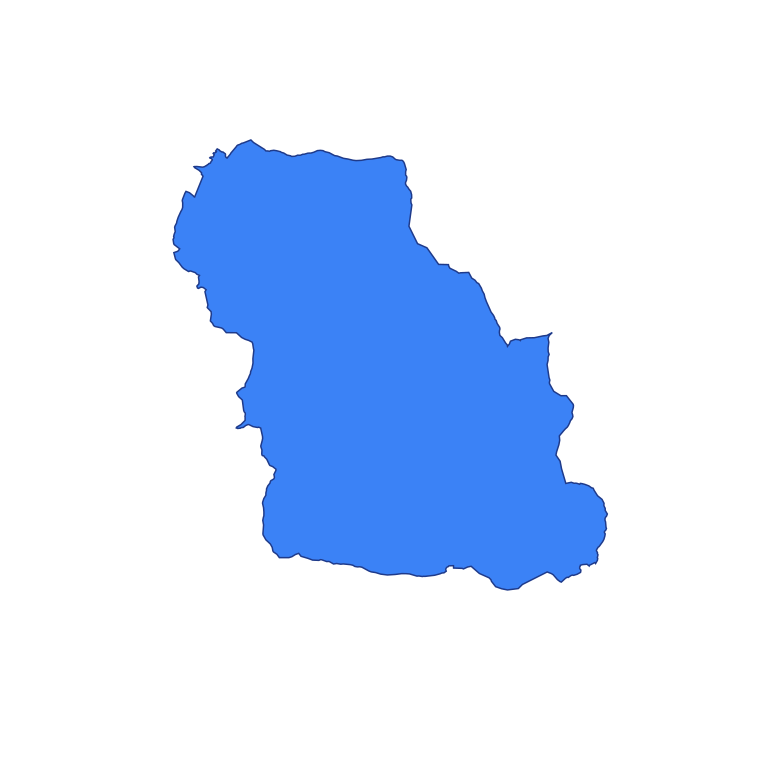 Fundu Moldovei, Suceava, Romania, rotated 30°
{"feature_id": "2599482B95968201222680", "entity_name": "Fundu Moldovei", "entity_type": "district", "adm_level": 2, "iso_a3": "ROU", "parent_name": "Romania", "parent_adm1": "Suceava", "projection": "albers", "projection_center": [25.315, 47.553], "detail": "fine", "context": "isolated", "style": "filled", "palette": "blue", "viewbox_px": 768, "rotation_deg": 30, "n_neighbors": 0, "source": "geoboundaries", "source_scale": "gbopen_adm2", "svg_char_len": 6158}
<svg xmlns="http://www.w3.org/2000/svg" viewBox="0 0 768 768"><g transform="rotate(30 384 384)"><path d="M380.2,586.7L388.5,581.9L390.6,579.6L392.5,576.0L394.8,573.3L398.3,574.7L405.4,573.0L410.2,572.2L415.8,569.3L416.7,568.0L417.8,567.4L423.2,566.4L424.9,565.3L425.7,565.1L430.3,565.1L432.8,563.1L436.6,561.7L438.7,560.2L445.1,557.3L447.7,556.5L449.9,556.6L452.4,555.7L454.4,554.4L456.5,553.7L464.4,553.5L466.9,553.1L471.0,551.5L476.2,550.3L482.4,547.7L489.0,543.3L494.1,539.4L498.0,537.2L501.1,535.7L508.6,533.9L510.2,532.8L513.4,531.6L514.5,530.7L515.7,530.1L523.5,524.3L527.4,520.4L528.6,518.8L530.4,517.5L531.5,515.0L530.2,513.8L529.9,513.0L530.0,511.5L530.6,510.3L531.0,510.0L531.1,509.2L531.3,508.9L535.0,506.6L536.3,508.6L543.8,504.6L545.3,504.4L547.9,500.7L550.6,498.3L561.3,500.4L571.9,499.3L574.4,500.0L575.8,501.2L582.0,503.7L588.3,502.5L593.9,500.6L602.6,494.0L604.1,488.4L619.3,465.2L623.8,464.5L626.0,464.6L632.0,466.7L635.2,467.1L636.6,466.9L638.3,461.5L639.2,459.8L640.3,459.4L641.7,456.4L642.7,455.3L643.9,454.9L646.4,452.2L648.4,448.9L647.9,447.4L647.4,446.6L645.8,446.1L644.9,444.5L645.0,443.6L644.7,442.8L646.3,441.1L649.9,438.6L652.6,439.0L652.4,438.5L655.9,433.2L657.0,433.7L657.0,430.1L656.3,428.2L655.6,427.8L654.7,424.9L653.5,424.1L653.1,423.2L651.6,422.4L651.2,422.0L651.0,421.4L651.0,418.4L651.5,417.3L651.7,416.1L652.2,411.1L652.1,408.5L651.3,405.3L650.5,403.2L649.2,402.5L648.7,401.5L649.1,399.7L648.9,397.9L648.0,397.2L644.8,392.6L643.7,391.7L642.8,390.3L642.6,389.5L642.5,388.5L642.8,387.2L642.4,384.9L638.8,382.9L637.6,380.9L637.0,380.7L635.1,379.2L634.2,377.3L630.5,374.9L624.8,374.0L619.1,371.0L617.3,369.7L615.5,370.1L612.4,369.8L608.1,370.5L605.2,371.3L603.7,371.9L603.6,373.0L601.0,373.5L599.8,373.9L598.3,374.9L595.3,375.5L591.2,379.2L580.1,368.6L575.1,362.8L568.5,359.6L567.4,356.5L565.8,349.1L564.3,344.9L561.8,341.3L562.9,334.9L563.5,332.1L564.3,329.7L564.4,327.7L564.2,324.9L563.8,322.6L564.2,320.2L563.9,317.8L562.8,316.4L561.2,314.9L560.9,314.3L559.7,309.7L558.9,308.0L558.0,307.0L547.8,302.9L543.0,305.7L534.7,305.5L527.2,301.0L526.4,299.9L525.7,297.7L523.7,295.9L515.5,285.6L514.3,281.6L512.6,278.5L512.2,275.8L510.1,274.0L508.1,270.8L505.9,265.5L503.3,262.5L502.8,259.4L504.0,255.3L500.8,260.5L497.6,262.9L491.0,268.8L484.4,272.8L480.1,277.5L480.3,278.2L478.8,278.2L475.4,279.6L472.1,283.7L472.6,286.6L472.1,289.6L471.2,288.5L469.0,287.8L463.3,284.7L460.1,284.0L458.2,281.8L457.4,280.2L456.9,278.4L455.8,277.1L451.7,275.0L449.4,272.9L447.7,272.4L446.7,271.3L444.5,269.8L440.8,268.2L431.7,261.6L428.3,258.8L425.8,256.1L422.5,254.1L420.4,252.3L415.8,249.7L413.8,249.8L410.9,248.6L407.0,248.4L401.6,245.0L394.7,249.4L393.4,250.6L390.2,250.3L383.2,250.8L381.3,249.7L380.1,248.4L371.5,253.1L353.1,244.6L342.9,245.7L326.7,234.9L318.6,215.0L317.0,213.8L315.7,212.0L314.8,210.5L315.0,209.1L313.3,206.3L310.7,203.7L308.4,202.9L306.0,201.6L304.6,201.3L302.7,200.1L301.9,198.7L301.6,196.3L300.5,193.7L299.7,192.8L298.3,192.3L296.6,189.4L296.0,187.2L291.6,183.0L290.3,182.0L288.6,181.3L287.6,181.3L285.8,182.4L282.5,183.6L281.4,183.7L278.0,183.0L275.5,183.5L272.9,185.0L270.7,187.2L269.6,187.7L268.1,189.4L261.1,195.2L256.8,198.0L252.6,201.6L248.1,204.5L245.3,205.7L240.3,207.2L236.1,208.8L229.6,209.9L227.1,210.9L220.9,211.1L216.8,212.3L214.5,212.4L212.0,213.5L209.6,215.2L207.4,218.3L205.3,220.5L202.7,222.1L199.9,225.0L198.9,225.5L197.1,227.8L194.8,229.0L193.0,231.3L190.2,233.1L188.9,233.1L185.6,234.2L181.7,234.1L179.4,234.7L178.1,234.6L174.3,235.7L171.7,236.7L169.1,238.7L168.4,239.8L167.0,240.2L165.2,241.2L163.2,240.6L150.3,240.1L146.7,239.2L141.6,245.6L140.4,246.7L139.4,248.5L137.9,250.2L137.5,251.1L137.4,252.4L135.9,260.8L136.0,261.6L135.1,266.8L133.9,266.7L133.2,266.3L132.6,265.8L132.0,264.5L131.5,264.0L128.5,263.6L127.6,264.1L125.9,264.1L125.2,264.1L124.4,263.7L122.0,263.8L121.7,266.4L122.7,266.6L122.6,267.1L121.9,268.5L120.9,269.0L120.8,269.8L122.3,270.3L122.6,272.7L120.9,273.8L120.2,274.5L120.0,275.2L120.5,275.4L121.3,275.1L123.0,275.4L123.3,276.2L123.0,277.8L123.2,279.5L122.1,280.7L122.1,281.4L121.3,282.6L121.2,283.5L120.4,284.4L120.0,285.4L118.5,286.9L113.2,289.2L111.1,290.5L110.8,290.8L111.8,291.3L117.0,291.4L120.4,292.3L121.0,293.6L121.4,293.9L122.4,293.9L123.4,294.7L126.5,316.7L125.6,316.8L124.7,316.4L119.9,315.6L116.2,316.2L116.2,318.4L117.2,324.8L117.6,326.1L119.1,327.8L121.3,331.7L121.8,333.8L121.8,336.2L122.4,342.4L123.2,346.4L123.9,348.4L124.0,351.4L124.3,352.9L127.0,356.4L127.4,359.2L128.1,361.5L128.7,361.9L129.0,362.7L129.0,364.2L131.8,367.7L132.7,368.2L139.5,369.1L139.2,371.5L138.9,372.3L136.3,375.3L140.8,379.9L141.5,380.4L145.7,381.5L150.8,383.7L153.1,384.2L158.2,384.3L158.7,384.2L159.2,383.4L160.1,382.8L165.0,381.9L167.1,382.5L169.9,382.2L169.8,384.1L172.6,387.7L173.6,389.9L173.0,392.8L174.5,394.1L175.5,394.0L177.1,391.6L179.3,390.8L182.8,391.3L182.8,393.6L192.0,403.6L192.7,406.2L198.1,407.8L199.6,409.9L202.1,416.2L205.2,417.2L207.3,418.6L208.9,418.7L215.3,416.7L217.2,416.8L221.7,418.4L230.6,413.4L237.4,414.9L241.4,414.7L245.1,413.9L248.8,413.7L250.2,414.8L253.3,418.7L254.4,419.8L257.8,427.6L260.1,431.4L261.8,436.4L262.3,439.9L263.1,441.8L263.3,444.3L263.7,447.0L263.8,453.3L264.9,455.4L265.1,456.0L264.8,456.6L263.0,458.6L260.8,464.4L260.7,465.1L261.2,465.7L264.4,467.6L269.3,468.7L275.5,476.8L276.7,477.9L278.4,478.6L279.1,479.7L279.9,481.8L280.4,482.3L281.9,485.0L280.4,490.7L278.0,494.9L278.0,495.9L279.5,495.7L281.7,494.1L282.0,493.4L283.9,491.9L285.0,489.1L286.5,487.1L287.4,486.7L291.8,486.4L296.2,484.9L297.0,484.1L299.2,483.8L304.9,490.0L306.1,491.8L306.8,493.8L308.2,499.0L308.8,500.0L311.3,502.2L313.1,505.7L314.0,506.6L314.5,506.8L315.8,506.3L317.0,506.9L320.1,507.8L325.0,511.2L325.9,511.6L328.9,511.2L333.0,511.8L333.6,512.9L333.9,517.4L335.7,519.5L336.0,520.4L336.0,521.4L334.4,524.2L334.3,525.1L334.8,526.9L334.3,530.4L334.7,533.6L335.4,534.8L336.2,537.4L337.3,539.4L337.2,543.3L338.0,547.0L338.5,548.1L341.5,551.3L344.0,554.9L345.8,558.1L346.3,560.1L347.2,562.7L350.2,566.3L353.9,574.0L354.7,575.1L359.6,578.0L365.6,579.4L368.9,581.4L371.2,584.1L372.3,584.7L376.4,585.0L380.2,586.7Z" fill="#3b82f6" stroke="#1e3a8a" stroke-width="1.5"/></g></svg>